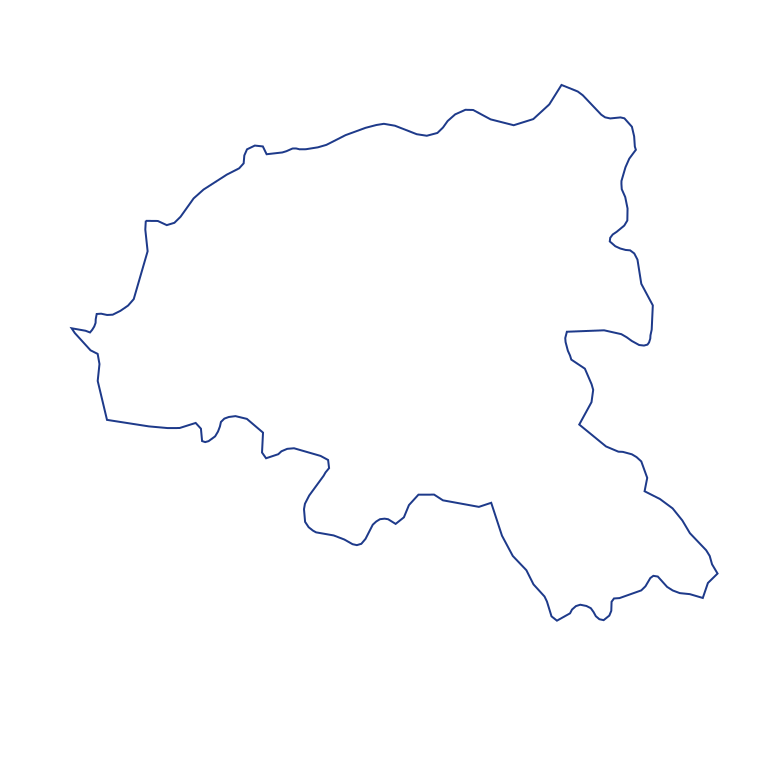 an SVG outline of Guarda, rotated 261°
{"feature_id": "PRT-753", "entity_name": "Guarda", "entity_type": "District", "adm_level": 1, "iso_a3": "PRT", "parent_name": "Portugal", "parent_adm1": "", "projection": "robinson", "projection_center": [-7.291, 40.712], "detail": "fine", "context": "isolated", "style": "outline", "palette": "blue", "viewbox_px": 768, "rotation_deg": 261, "n_neighbors": 0, "source": "natural_earth", "source_scale": "10m", "svg_char_len": 2898}
<svg xmlns="http://www.w3.org/2000/svg" viewBox="0 0 768 768"><g transform="rotate(261 384 384)"><path d="M610.6,654.3L610.3,659.3L608.8,663.0L599.3,669.1L589.4,669.8L579.3,668.9L575.9,669.4L575.7,669.2L573.6,667.0L568.2,661.5L560.3,656.4L547.4,650.3L544.5,649.8L539.2,649.3L530.9,651.5L519.2,652.0L507.4,649.9L502.9,646.1L497.9,637.6L495.9,633.3L493.0,630.3L489.5,629.3L483.9,634.0L480.9,638.5L478.6,643.6L477.5,648.0L473.8,651.6L467.2,653.8L442.7,653.8L419.6,661.8L406.5,659.1L395.8,656.9L390.4,654.8L387.2,654.1L383.6,652.3L381.7,650.4L381.3,646.8L382.6,642.1L387.8,635.4L392.2,631.0L396.1,626.2L402.6,609.8L407.0,572.8L401.0,570.2L397.0,569.9L388.1,570.8L383.0,572.2L378.8,572.8L367.7,584.8L351.3,589.0L345.5,589.7L333.6,586.1L313.4,570.5L287.6,593.5L280.5,604.9L279.6,609.3L275.8,617.8L272.3,622.0L267.3,626.0L250.1,629.3L237.3,624.6L227.2,638.6L216.0,649.6L202.6,657.3L188.8,662.8L169.4,676.2L163.2,678.8L154.6,679.8L144.6,683.8L136.8,672.8L122.8,665.4L128.6,653.2L131.2,643.4L134.9,636.9L139.3,631.9L151.0,624.3L152.4,620.0L150.7,616.7L143.3,610.6L139.9,605.8L135.7,583.1L136.2,577.6L133.3,574.7L124.4,573.0L120.0,570.3L116.4,564.0L118.0,559.9L121.5,556.9L126.0,555.3L130.2,553.2L133.1,549.2L135.3,543.3L134.6,538.8L131.8,534.4L128.4,531.9L123.2,517.8L128.3,513.1L143.7,510.9L149.0,509.3L162.7,500.3L177.8,495.5L194.0,484.3L215.7,476.8L249.9,471.3L247.8,458.5L259.9,424.0L266.9,416.2L269.3,400.7L260.5,389.7L249.2,382.8L244.0,373.6L249.8,366.9L250.9,363.5L251.1,358.9L249.4,354.8L246.8,350.9L233.9,341.5L229.7,336.6L229.1,332.0L230.7,327.9L236.6,320.5L242.3,310.6L248.1,293.7L250.3,290.9L254.3,287.2L260.2,284.5L272.9,285.4L278.1,287.2L285.6,292.7L302.8,310.0L305.8,312.4L309.5,316.6L317.7,316.9L322.9,310.1L334.6,285.1L335.1,278.3L333.6,272.2L331.2,268.6L329.1,255.9L335.4,252.8L354.9,256.9L371.0,243.1L375.5,232.3L375.7,225.6L374.8,220.9L372.0,217.0L367.7,215.3L363.0,212.6L358.7,209.0L355.0,201.8L354.6,198.3L356.1,195.4L368.5,196.2L375.0,191.9L372.5,175.2L374.3,163.5L378.9,145.2L391.9,104.8L431.8,101.7L448.2,106.1L458.5,105.9L463.2,99.4L482.7,86.6L487.9,84.2L483.3,97.5L480.9,101.7L483.2,104.3L486.1,106.8L489.5,108.7L493.1,109.4L498.1,111.2L497.7,115.6L495.5,121.3L494.9,126.9L497.5,135.1L501.5,143.5L507.0,150.1L552.1,171.3L573.9,172.4L582.2,174.2L582.6,174.2L582.4,174.3L580.4,186.1L574.9,194.3L576.0,202.2L581.0,209.2L597.1,225.0L604.3,236.2L615.4,261.5L619.7,274.7L623.9,279.9L631.6,281.8L637.2,285.4L639.7,293.7L637.6,301.5L629.3,304.0L628.6,319.8L629.2,324.0L630.9,330.5L630.4,334.0L629.0,337.4L628.1,343.6L628.1,355.7L629.2,364.5L635.8,384.9L639.9,405.8L641.0,417.0L641.0,424.6L637.4,435.2L625.6,455.4L622.5,465.1L623.6,476.0L628.1,482.4L633.8,488.0L639.2,496.5L642.1,507.3L640.7,514.9L628.7,530.7L619.3,552.6L622.3,572.9L634.3,591.0L651.6,606.1L642.6,621.1L638.1,625.5L616.0,640.7L612.8,644.1L610.9,649.0L610.6,654.3Z" fill="none" stroke="#1e3a8a" stroke-width="2"/></g></svg>